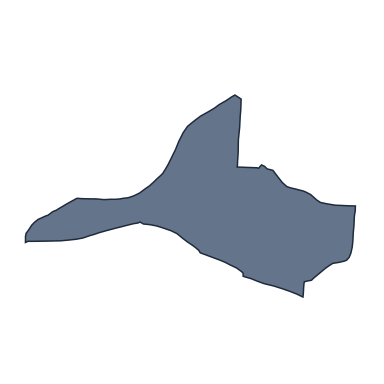 Chraoy Chongvar, Phnom Penh, Cambodia, rotated 93°
{"feature_id": "14789045B54201472344592", "entity_name": "Chraoy Chongvar", "entity_type": "district", "adm_level": 2, "iso_a3": "KHM", "parent_name": "Cambodia", "parent_adm1": "Phnom Penh", "projection": "albers", "projection_center": [104.923, 11.649], "detail": "fine", "context": "isolated", "style": "filled", "palette": "slate", "viewbox_px": 384, "rotation_deg": 93, "n_neighbors": 0, "source": "geoboundaries", "source_scale": "gbopen_adm2", "svg_char_len": 2295}
<svg xmlns="http://www.w3.org/2000/svg" viewBox="0 0 384 384"><g transform="rotate(93 192 192)"><path d="M291.1,75.7L287.2,75.5L282.0,75.5L278.0,75.4L275.8,75.1L275.0,72.8L273.9,68.1L271.1,65.5L268.6,62.7L265.5,59.4L261.3,54.9L258.7,51.6L255.9,47.7L254.6,41.6L253.1,36.4L252.0,34.0L249.0,31.6L244.6,30.1L238.6,29.1L232.4,28.8L224.1,28.8L216.5,28.5L210.0,28.6L206.4,28.5L202.5,28.0L197.4,28.1L197.6,35.9L197.6,42.1L197.7,48.0L196.8,56.1L195.8,63.0L193.4,67.1L188.4,73.3L186.4,77.6L185.3,80.5L183.9,87.3L182.6,94.2L181.6,97.6L177.9,102.2L172.8,106.7L166.1,112.4L165.0,118.2L162.6,120.8L161.3,124.0L162.5,125.0L164.8,126.7L164.4,128.2L164.7,148.2L162.4,148.0L158.7,148.1L154.0,148.0L149.3,148.0L138.2,148.4L137.1,148.4L125.2,147.8L119.7,147.8L112.5,147.8L111.4,147.7L106.4,147.6L105.2,147.6L96.6,147.8L92.9,154.2L94.9,157.3L99.1,162.9L103.2,169.3L107.2,174.2L108.7,176.4L111.1,180.0L113.1,183.2L115.9,187.6L119.7,192.1L122.3,195.1L126.7,199.9L133.2,203.9L138.9,206.4L142.0,207.8L144.7,208.7L150.5,210.7L155.1,212.7L157.7,213.8L161.2,215.3L166.7,217.7L171.4,220.2L175.1,222.3L177.4,224.4L180.8,227.8L183.7,230.4L188.0,234.7L191.6,239.3L195.7,244.2L198.9,249.9L200.9,255.0L201.3,256.6L201.7,259.5L202.7,263.6L203.1,266.6L203.4,269.3L203.4,270.6L203.5,272.9L203.9,276.1L204.2,279.7L203.9,287.2L204.0,289.3L204.1,291.7L204.3,296.8L204.4,302.6L204.3,305.1L204.3,306.2L204.7,307.3L206.2,309.6L208.4,313.2L211.0,317.3L213.6,321.1L215.8,324.5L217.4,326.6L217.7,327.7L219.4,330.7L221.1,332.6L222.9,334.9L223.2,335.9L224.2,338.1L225.9,341.2L227.3,344.1L228.4,345.3L230.5,347.7L233.6,350.4L236.6,352.1L238.8,353.4L242.1,355.6L243.6,355.6L244.8,356.0L247.6,355.8L251.1,355.7L249.8,353.1L249.7,350.0L248.3,329.6L247.6,320.5L246.3,311.7L245.2,305.0L243.7,298.7L240.9,291.7L239.7,288.2L239.3,287.1L237.6,282.9L235.5,276.8L234.3,273.1L231.7,265.1L231.0,262.6L229.0,256.3L227.2,250.4L226.5,247.9L225.7,244.1L224.7,242.3L226.5,238.8L226.8,232.5L227.7,225.9L229.0,220.5L231.8,210.8L234.4,204.7L238.8,198.8L242.2,193.8L246.1,187.3L249.9,182.2L252.3,180.6L258.6,160.5L260.5,155.2L262.6,150.6L265.6,143.4L269.0,138.2L270.5,136.7L273.5,136.5L274.1,134.2L275.4,128.6L277.6,122.2L279.7,115.4L281.6,105.4L283.6,97.7L285.8,90.0L288.4,82.1L290.6,76.9L291.1,75.7Z" fill="#64748b" stroke="#1e293b" stroke-width="1.5"/></g></svg>